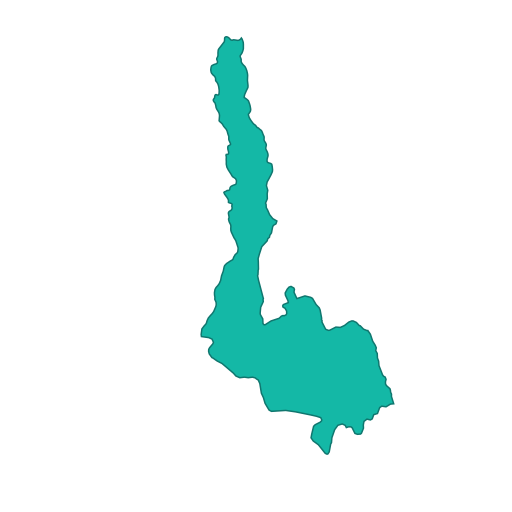 the district of Chicacao, Suchitepéquez, Guatemala, rotated 153°
{"feature_id": "79465075B95007488956615", "entity_name": "Chicacao", "entity_type": "district", "adm_level": 2, "iso_a3": "GTM", "parent_name": "Guatemala", "parent_adm1": "Suchitepéquez", "projection": "natural_earth1", "projection_center": [-91.364, 14.487], "detail": "fine", "context": "isolated", "style": "filled", "palette": "teal", "viewbox_px": 512, "rotation_deg": 153, "n_neighbors": 0, "source": "geoboundaries", "source_scale": "gbopen_adm2", "svg_char_len": 6113}
<svg xmlns="http://www.w3.org/2000/svg" viewBox="0 0 512 512"><g transform="rotate(153 256 256)"><path d="M289.0,65.2L286.1,59.5L283.9,48.7L282.7,47.2L281.8,47.0L279.7,48.2L274.8,54.6L273.5,55.4L270.9,59.6L264.8,65.5L259.9,68.0L255.4,67.2L253.4,64.6L253.4,62.1L251.2,61.8L249.0,60.7L248.3,59.3L248.4,53.0L246.6,51.1L243.7,49.9L242.5,50.2L238.4,53.8L237.1,56.7L234.9,59.6L231.2,60.3L228.5,58.0L226.4,58.1L223.1,61.2L219.3,60.5L214.6,64.8L212.1,65.1L208.6,62.6L203.4,63.0L200.4,61.8L199.1,69.3L198.0,71.4L197.9,73.5L197.2,75.3L196.9,76.9L198.6,81.3L198.7,83.1L197.8,85.1L196.1,87.1L195.9,89.6L196.9,90.9L197.2,92.6L196.2,102.5L194.5,106.6L194.1,110.0L192.2,114.1L192.3,117.3L190.5,119.6L190.3,122.4L190.7,127.1L189.6,134.4L190.2,138.9L190.8,139.0L193.4,142.0L194.8,146.5L195.6,147.2L196.7,151.2L198.9,154.0L200.2,154.7L203.3,155.0L208.7,153.9L213.3,154.1L217.1,156.4L224.1,156.4L225.3,156.9L227.2,159.1L227.2,167.2L226.5,168.3L226.4,170.1L225.8,170.6L223.4,178.7L223.2,181.1L224.5,185.5L224.9,192.6L226.0,194.3L230.5,198.2L238.9,199.5L238.6,206.5L236.9,208.8L236.8,210.3L238.6,213.0L240.7,213.3L243.2,212.3L246.8,209.8L247.6,207.7L247.8,201.7L248.4,199.8L253.7,200.3L254.9,199.4L255.1,198.0L253.9,196.4L253.7,193.2L254.8,190.7L256.0,189.9L258.2,190.0L258.9,190.7L260.7,190.9L263.6,190.0L272.1,191.3L278.9,190.6L280.0,191.0L280.5,192.6L278.5,196.9L278.7,201.8L278.3,203.1L275.1,208.2L270.2,212.1L269.4,214.2L268.8,214.6L264.8,233.1L263.5,237.8L262.7,238.5L260.5,242.4L259.8,243.1L256.6,249.7L255.3,252.7L252.1,256.2L246.6,261.7L239.2,264.4L237.6,266.1L235.5,266.6L234.4,268.1L231.7,269.6L227.8,274.6L226.4,275.4L223.6,275.6L221.5,277.7L224.1,281.7L225.1,286.6L224.8,291.9L224.9,294.4L223.6,297.4L223.5,298.8L219.9,301.9L217.7,306.5L215.7,309.2L214.8,313.9L214.3,314.6L212.8,316.5L212.4,317.0L210.4,318.3L208.4,319.7L206.1,321.3L203.7,323.2L202.9,324.0L202.1,325.3L200.9,328.4L200.3,330.6L200.9,331.8L201.8,332.6L203.1,334.1L203.2,335.2L202.6,336.5L201.9,337.5L199.8,339.8L199.1,341.3L198.8,342.9L198.7,343.7L198.7,346.8L198.4,347.5L198.0,348.2L196.6,349.9L196.2,350.8L196.1,351.6L196.1,352.4L196.3,354.6L196.2,355.6L195.8,356.4L194.9,358.0L194.6,358.8L194.5,361.2L194.2,363.4L194.2,365.2L194.4,365.8L195.2,367.4L195.7,368.9L196.1,369.4L196.6,369.8L197.1,372.7L198.1,374.6L198.4,375.6L199.0,379.1L199.2,382.1L199.0,383.8L198.6,385.5L198.1,386.0L196.9,386.5L195.9,387.1L195.3,387.5L194.8,388.1L194.2,389.0L193.8,390.1L193.1,392.4L192.7,394.4L192.3,397.6L192.6,398.7L193.1,399.9L194.1,401.9L194.6,402.5L194.1,403.4L192.7,405.1L189.4,407.8L187.1,409.5L186.5,410.1L185.7,411.6L183.9,416.4L181.4,420.8L180.8,422.4L180.1,425.1L179.8,427.7L179.8,429.3L179.9,430.1L180.5,431.8L180.8,433.0L181.0,434.1L181.0,434.9L181.0,435.6L180.7,436.5L180.2,437.4L179.9,438.1L179.8,438.9L179.6,440.9L179.1,441.7L176.5,443.1L175.2,444.2L174.3,445.1L173.7,445.8L173.1,446.5L171.1,450.4L170.4,452.1L170.2,453.2L169.9,455.6L170.1,456.9L171.3,456.2L173.2,456.0L174.4,456.4L177.0,458.3L178.2,459.0L179.2,459.0L180.2,459.8L180.5,460.5L180.9,462.0L181.3,463.1L182.3,464.4L183.1,464.9L183.8,465.0L184.6,464.8L185.1,464.3L186.0,462.6L187.0,461.3L191.8,459.0L195.0,457.5L195.9,456.9L196.4,456.3L197.6,454.4L198.6,452.4L199.1,451.6L199.8,450.9L201.2,449.9L201.7,449.1L202.0,446.7L202.6,445.8L203.2,445.4L204.2,445.3L205.4,445.5L206.5,445.7L208.6,445.7L209.3,445.5L210.1,444.8L210.8,443.9L211.8,442.4L212.3,440.9L212.6,439.7L212.5,438.6L212.0,436.5L211.5,435.4L211.3,434.8L211.3,433.9L211.3,433.1L211.5,432.4L212.3,430.7L212.3,429.9L211.9,428.4L211.9,426.1L212.4,423.7L213.6,420.3L214.7,418.3L215.7,416.9L216.6,416.6L217.2,416.9L218.3,418.0L218.9,418.1L219.6,417.8L221.0,416.0L221.6,415.4L222.5,415.1L223.2,414.5L223.5,413.7L223.4,412.2L223.1,411.2L223.1,410.5L223.5,408.5L224.2,406.3L224.3,404.6L224.0,401.3L224.1,399.7L224.4,398.7L224.8,397.6L227.5,393.2L227.3,392.3L226.7,390.8L226.1,389.0L225.9,386.2L225.6,384.9L225.2,383.3L225.0,382.4L225.0,380.5L225.4,378.6L225.6,377.7L226.0,374.8L227.2,372.5L227.5,371.6L227.7,367.8L228.0,367.0L229.0,366.7L230.5,366.7L231.1,366.5L231.5,366.1L232.0,365.3L232.6,363.9L233.2,361.2L233.6,360.3L233.9,359.8L234.6,359.4L235.5,359.6L236.4,360.0L237.0,359.4L237.5,357.7L238.7,355.6L239.6,353.6L240.8,351.3L241.6,348.4L241.6,345.2L241.1,340.4L241.0,338.3L240.8,337.2L239.7,335.3L239.1,334.1L239.2,332.0L239.6,331.3L240.8,329.5L241.6,329.1L242.4,329.1L244.2,329.4L246.2,329.4L246.8,329.3L247.4,329.1L248.0,328.7L248.4,328.3L249.2,327.2L249.6,326.9L250.7,326.9L251.2,327.2L252.1,327.5L253.7,327.3L254.5,327.4L255.1,327.5L255.8,327.1L255.9,325.4L255.5,322.8L255.2,321.1L255.1,319.3L255.2,318.5L255.4,317.7L256.2,316.4L255.9,315.7L254.4,314.3L253.9,313.6L253.9,312.6L254.6,311.9L255.0,311.3L255.1,310.5L255.5,309.7L255.9,309.0L256.8,308.3L257.4,308.1L259.5,307.9L260.1,307.7L260.9,307.1L261.3,306.4L262.1,303.6L262.4,302.7L263.6,301.5L263.9,300.8L264.3,299.1L264.4,298.3L264.4,295.6L264.6,294.7L265.0,293.7L266.2,291.6L266.5,290.8L266.8,290.2L267.1,288.6L267.3,283.4L267.3,281.9L267.1,280.2L267.1,278.4L268.2,271.5L268.7,270.5L270.1,268.4L270.8,267.7L271.5,267.3L273.8,266.7L274.6,266.3L275.2,265.8L276.4,265.1L277.6,263.9L278.5,263.3L282.3,263.1L283.2,262.9L285.3,262.7L286.4,262.4L288.3,261.7L289.4,260.7L292.1,257.3L295.7,254.0L298.6,250.3L300.9,248.4L301.6,247.9L303.6,246.9L305.8,246.1L307.3,245.1L307.8,244.7L309.6,242.3L310.3,240.9L310.7,240.0L311.3,238.0L312.4,236.0L312.5,233.8L312.6,232.9L312.8,232.3L313.5,230.8L314.2,229.8L315.1,228.9L318.7,225.9L319.5,225.4L321.3,224.5L323.6,223.7L326.6,222.4L328.8,220.7L330.7,218.7L331.6,218.1L333.8,217.3L337.3,215.6L340.5,211.0L341.2,209.0L335.1,204.7L332.9,201.9L333.1,198.4L334.2,197.4L338.9,195.4L340.5,194.3L341.5,192.6L342.1,190.0L341.4,185.5L340.8,184.8L338.3,180.1L335.1,175.7L329.3,161.8L328.4,158.2L325.7,154.9L321.3,153.3L318.2,151.1L314.1,149.6L311.9,147.6L311.5,146.4L310.3,144.5L310.5,140.6L313.5,131.3L313.7,126.4L314.8,120.6L314.3,112.8L312.8,110.6L299.6,104.9L291.4,99.1L279.1,89.3L274.9,85.8L271.7,82.6L271.8,80.1L272.4,79.4L274.1,78.8L279.9,78.8L282.0,78.1L287.2,72.0L289.5,69.0L289.0,65.2Z" fill="#14b8a6" stroke="#0f766e" stroke-width="1.5"/></g></svg>